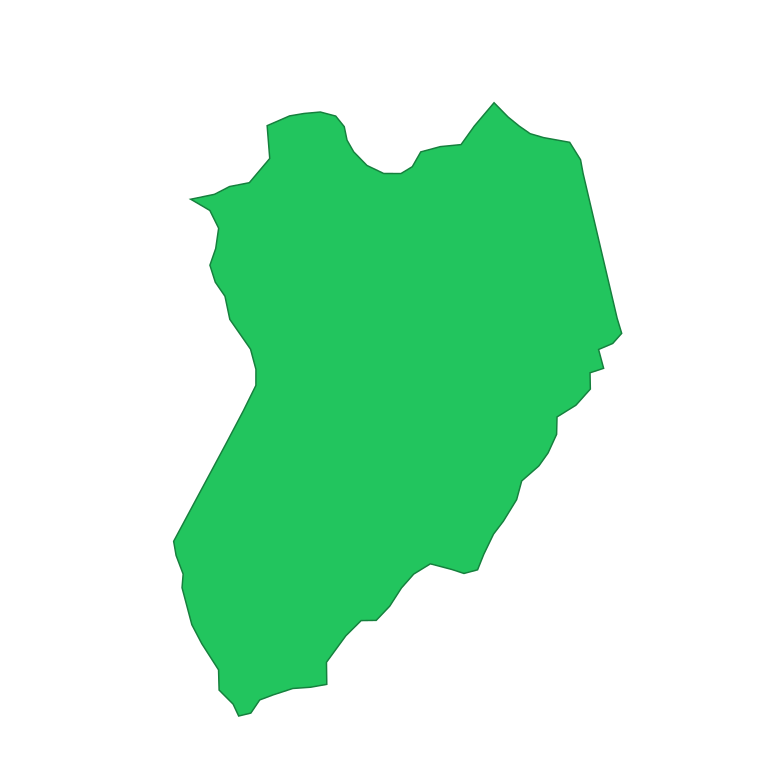 Santa Gertrudes, São Paulo, Brazil, rotated 165°
{"feature_id": "56859067B68796233337898", "entity_name": "Santa Gertrudes", "entity_type": "district", "adm_level": 2, "iso_a3": "BRA", "parent_name": "Brazil", "parent_adm1": "São Paulo", "projection": "orthographic", "projection_center": [-47.518, -22.474], "detail": "fine", "context": "isolated", "style": "filled", "palette": "green", "viewbox_px": 768, "rotation_deg": 165, "n_neighbors": 0, "source": "geoboundaries", "source_scale": "gbopen_adm2", "svg_char_len": 1215}
<svg xmlns="http://www.w3.org/2000/svg" viewBox="0 0 768 768"><g transform="rotate(165 384 384)"><path d="M610.3,100.9L597.8,100.6L585.8,111.0L571.7,112.4L550.9,113.5L533.4,110.1L517.0,108.7L511.6,130.1L496.2,142.5L486.0,150.7L467.3,161.4L452.7,157.7L436.0,167.9L419.9,182.5L404.5,192.7L385.8,198.3L366.5,187.3L355.8,180.3L341.7,180.3L331.6,193.8L317.0,210.7L304.2,220.6L285.8,238.0L276.1,254.7L255.6,264.8L243.3,275.0L230.3,290.7L225.4,307.4L204.0,313.9L186.0,325.7L182.1,341.5L167.8,342.3L167.8,361.8L152.5,364.0L141.3,371.4L141.8,387.1L137.2,535.9L136.1,549.7L142.1,569.4L166.1,580.7L178.1,588.0L186.7,598.2L195.0,609.7L204.9,627.2L230.1,609.7L247.6,595.3L268.1,598.7L288.4,598.7L300.4,586.6L313.1,582.9L329.8,587.4L343.9,599.5L353.2,616.1L356.6,629.1L355.8,642.9L361.3,655.3L375.1,663.2L391.2,666.0L405.8,667.4L430.0,663.8L436.0,631.4L462.0,613.3L482.1,614.7L498.7,611.1L522.9,612.5L507.3,596.7L503.4,577.3L511.5,558.4L521.4,543.8L520.6,526.0L514.9,509.9L516.2,486.3L503.9,452.2L503.9,431.3L508.1,415.8L526.9,394.4L551.6,367.7L627.9,286.5L629.2,272.2L627.2,252.4L631.8,239.5L631.9,201.2L627.2,180.3L617.8,150.7L622.5,131.0L612.6,113.8L610.3,100.9Z" fill="#22c55e" stroke="#15803d" stroke-width="1.5"/></g></svg>